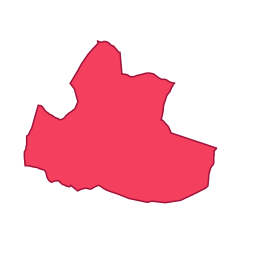 Grande Riviere/Piat, Gros Islet, Saint Lucia, rotated 18°
{"feature_id": "8701671B1385498050924", "entity_name": "Grande Riviere/Piat", "entity_type": "district", "adm_level": 2, "iso_a3": "LCA", "parent_name": "Saint Lucia", "parent_adm1": "Gros Islet", "projection": "equal_earth", "projection_center": [-60.944, 14.04], "detail": "fine", "context": "isolated", "style": "filled", "palette": "rose", "viewbox_px": 256, "rotation_deg": 18, "n_neighbors": 0, "source": "geoboundaries", "source_scale": "gbopen_adm2", "svg_char_len": 5191}
<svg xmlns="http://www.w3.org/2000/svg" viewBox="0 0 256 256"><g transform="rotate(18 128 128)"><path d="M131.8,69.1L131.6,69.1L131.0,69.3L130.3,69.5L129.9,69.6L129.0,70.0L128.5,70.2L127.9,70.5L127.5,70.8L126.7,71.3L126.3,71.6L125.6,72.0L125.2,72.2L124.3,72.9L123.9,73.1L123.3,73.4L122.9,73.8L122.2,74.2L121.6,74.5L120.9,74.9L120.6,75.1L119.8,75.6L119.3,76.1L118.8,76.5L118.3,76.9L117.7,77.5L117.1,77.7L116.4,77.8L116.0,78.0L115.1,78.2L114.6,78.4L114.4,78.4L114.0,78.4L113.5,78.3L112.7,78.0L112.0,77.9L111.6,77.7L110.9,77.6L110.0,77.7L109.5,77.7L108.9,77.7L108.5,77.7L107.5,78.0L105.6,78.7L97.0,58.6L96.5,58.7L96.1,58.7L95.4,58.6L94.7,58.2L94.3,57.9L93.7,57.4L92.7,56.8L92.1,56.5L91.4,56.1L90.9,55.8L89.2,54.6L88.6,54.6L87.7,54.5L86.6,54.4L86.0,54.4L85.5,54.1L85.3,54.0L84.8,53.7L84.1,53.4L83.5,53.0L82.8,52.9L81.7,52.7L81.4,52.7L80.8,52.6L79.9,52.8L79.2,52.9L78.6,53.0L78.2,53.2L77.6,53.7L77.1,54.2L76.6,54.6L75.9,54.6L75.7,54.7L75.2,54.8L74.5,54.8L73.8,54.9L72.4,54.6L72.2,54.7L73.3,56.8L71.7,60.4L70.1,63.6L67.2,70.4L64.0,81.2L62.7,88.3L60.0,100.2L59.2,103.4L65.0,107.5L72.3,118.6L71.5,126.3L69.0,129.9L67.9,131.3L67.5,131.7L67.3,132.1L66.7,132.9L66.5,133.3L65.9,134.2L65.5,134.9L65.2,135.5L64.9,136.1L64.7,137.2L64.4,137.8L64.0,138.5L63.6,138.9L63.0,139.6L62.6,140.1L62.1,140.5L61.5,140.8L60.7,141.1L60.3,141.2L59.7,141.1L59.2,141.0L58.3,140.5L57.7,140.7L57.2,140.7L56.6,140.7L55.8,140.6L55.3,140.5L54.6,140.3L54.0,140.2L53.3,140.0L52.7,139.7L52.1,139.5L51.6,139.5L50.7,139.3L50.1,139.2L49.6,139.2L49.0,139.2L48.2,138.8L47.7,138.5L47.1,138.4L46.6,138.2L45.9,138.0L45.2,137.7L44.6,137.4L44.2,137.2L43.4,136.9L43.0,136.6L42.3,136.0L42.0,135.7L41.1,135.1L40.7,134.8L40.2,134.4L39.7,134.0L38.9,133.9L38.2,133.8L37.7,133.8L37.0,133.9L36.2,134.1L35.6,134.1L36.5,157.8L35.3,165.5L34.1,167.0L36.8,175.2L36.8,176.8L36.9,177.4L37.1,178.1L37.3,179.2L37.4,179.7L37.3,180.5L37.1,181.4L36.8,182.5L37.0,183.1L37.2,183.9L37.4,184.4L37.7,185.7L38.0,186.4L38.2,186.9L38.5,187.8L38.9,188.8L39.2,189.4L39.4,190.1L39.8,190.8L40.1,191.7L40.3,192.2L40.7,192.9L41.0,193.7L41.3,194.7L41.9,195.5L42.0,195.7L42.9,195.3L45.7,194.6L49.8,194.3L50.9,194.1L51.6,194.0L52.2,193.9L53.0,193.8L53.6,193.7L54.2,193.6L54.7,193.8L55.5,193.8L56.1,193.9L56.7,194.1L57.3,194.1L58.1,194.0L58.6,194.0L59.2,193.9L59.8,193.9L60.6,193.9L61.2,194.0L61.8,194.1L62.3,194.4L62.9,195.1L63.5,195.5L63.9,196.0L64.3,196.7L64.7,197.4L65.1,198.0L65.4,198.5L65.8,199.1L66.0,199.4L66.4,200.0L66.8,200.4L67.2,200.9L67.6,201.2L68.4,201.8L68.9,202.1L69.6,202.6L70.3,202.9L70.6,203.1L71.6,203.1L72.2,203.1L72.7,202.8L73.4,202.2L73.8,201.6L74.4,201.3L75.1,200.9L76.1,200.4L76.8,200.2L77.3,199.9L78.1,199.9L78.7,199.8L79.3,200.2L79.8,200.4L80.7,200.9L81.1,201.0L81.7,201.3L82.3,201.6L83.1,201.9L83.7,201.9L84.2,201.9L84.8,201.9L85.7,202.0L86.2,202.1L86.9,202.2L87.4,202.2L88.2,202.2L88.8,202.2L89.4,202.2L89.9,202.1L90.5,202.0L90.7,201.7L91.0,201.3L91.3,200.6L91.3,200.2L99.6,203.4L99.8,203.1L100.5,202.6L100.9,202.1L101.4,201.6L101.8,201.2L102.5,200.7L103.1,200.2L103.5,199.9L104.1,199.6L104.8,199.2L105.3,198.9L105.9,198.6L106.6,198.3L107.3,198.1L107.8,198.0L108.2,198.0L109.0,198.0L109.9,197.9L111.1,197.8L112.4,196.8L113.5,195.5L115.1,193.7L116.3,192.7L117.4,192.0L117.8,191.5L120.2,192.0L123.0,192.9L123.2,193.0L127.2,193.7L131.8,193.9L137.9,193.9L151.0,194.7L169.3,192.7L173.3,190.2L186.5,187.5L200.3,180.6L212.6,169.0L220.3,161.3L221.9,158.5L221.4,156.3L221.0,154.4L220.6,152.7L220.4,151.7L220.1,150.6L219.5,148.5L219.2,146.4L219.1,144.6L219.0,142.3L219.0,140.1L219.7,137.9L220.4,136.1L220.2,133.9L219.5,132.0L218.8,130.2L218.4,128.0L218.0,126.3L217.2,124.4L217.2,123.8L217.3,122.7L217.7,121.7L218.3,120.7L218.5,120.1L218.3,119.8L182.8,119.5L170.2,119.4L170.1,118.9L169.7,118.4L169.2,117.8L168.9,117.4L168.2,116.7L167.7,116.1L167.2,115.5L166.9,115.2L166.5,114.8L166.2,114.5L165.9,114.2L165.7,114.1L165.2,113.7L164.6,113.5L163.9,113.0L163.4,112.7L162.7,112.4L162.3,112.1L161.5,111.7L160.9,111.3L160.4,111.0L159.9,110.7L159.2,110.3L158.6,110.0L158.4,109.9L158.1,110.0L156.7,110.1L156.8,109.6L156.8,108.7L156.8,108.1L156.8,107.2L156.7,106.1L156.7,105.4L156.6,105.2L156.6,104.5L156.5,104.0L156.3,102.8L156.3,102.1L156.2,101.7L156.2,101.4L156.0,100.5L155.8,99.5L155.6,99.0L155.4,98.2L155.3,97.5L155.0,96.3L155.0,95.6L154.9,94.8L154.8,94.1L154.8,92.8L154.9,92.2L154.9,91.3L154.9,90.7L154.8,89.4L154.9,88.7L154.8,87.9L154.9,87.3L154.9,86.2L154.9,85.5L155.0,84.6L155.2,84.0L155.6,83.0L155.9,82.4L156.0,82.0L156.1,81.6L156.4,81.0L156.6,80.5L156.6,79.8L156.7,79.2L156.7,78.9L156.7,78.4L156.8,77.7L156.9,76.5L157.0,75.9L157.3,75.0L157.4,74.4L157.5,73.2L157.7,72.5L157.8,72.3L158.0,71.7L158.3,71.0L157.0,71.2L156.8,71.2L156.3,71.3L156.0,71.3L155.8,71.3L154.7,71.3L154.4,71.3L153.6,71.3L153.2,71.2L152.3,71.1L152.0,70.9L151.4,70.8L151.0,70.7L150.1,70.4L149.5,70.4L149.2,70.3L148.4,70.3L147.5,70.5L146.6,70.7L146.1,70.9L145.6,71.1L145.1,71.3L144.5,71.2L144.1,71.1L143.6,71.1L143.0,71.0L142.4,71.0L141.5,70.7L141.0,70.6L140.5,70.3L140.0,70.2L139.1,69.8L138.6,69.7L138.0,69.5L137.4,69.3L136.7,69.0L136.1,68.9L135.9,68.8L135.5,68.7L135.0,68.7L134.1,68.8L133.7,68.8L132.9,68.9L132.3,69.0L131.8,69.1Z" fill="#f43f5e" stroke="#9f1239" stroke-width="1.5"/></g></svg>